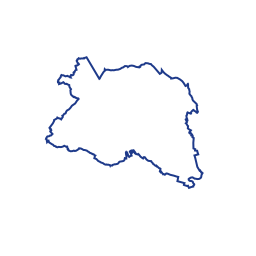 the district of Dumbravita, Maramures, Romania, rotated 235°
{"feature_id": "2599482B34129756727507", "entity_name": "Dumbravita", "entity_type": "district", "adm_level": 2, "iso_a3": "ROU", "parent_name": "Romania", "parent_adm1": "Maramures", "projection": "natural_earth1", "projection_center": [23.656, 47.6], "detail": "fine", "context": "isolated", "style": "outline", "palette": "blue", "viewbox_px": 256, "rotation_deg": 235, "n_neighbors": 0, "source": "geoboundaries", "source_scale": "gbopen_adm2", "svg_char_len": 5838}
<svg xmlns="http://www.w3.org/2000/svg" viewBox="0 0 256 256"><g transform="rotate(235 128 128)"><path d="M189.5,142.7L189.3,142.5L188.4,142.5L188.2,142.2L188.1,140.8L187.7,139.6L186.3,136.3L185.9,135.3L184.7,133.1L184.7,132.7L209.7,134.6L210.3,132.6L210.2,132.0L210.6,131.9L210.6,131.3L212.0,129.2L212.2,128.5L212.8,128.1L212.9,127.7L213.4,127.5L213.2,127.1L213.3,126.2L213.1,126.1L213.1,125.7L212.7,125.5L212.6,124.6L212.3,124.4L211.7,124.4L210.1,124.0L209.6,124.4L208.4,124.4L208.3,123.9L208.4,122.2L208.7,121.5L208.9,121.4L209.0,120.5L205.2,119.2L205.5,118.2L205.0,117.0L204.4,116.2L204.8,115.8L204.8,115.5L204.6,115.1L203.6,114.7L203.0,114.1L202.9,113.2L203.2,112.5L203.3,112.3L203.6,112.3L204.1,111.8L203.5,111.0L203.5,110.7L203.2,110.1L202.3,110.0L202.7,109.6L203.9,109.4L204.4,108.7L205.4,108.4L206.2,106.4L208.0,105.4L208.4,105.1L208.7,104.5L209.6,103.9L209.1,102.8L208.3,102.1L207.8,100.2L207.3,99.1L207.3,98.4L206.6,97.8L206.5,97.4L205.5,96.8L204.6,97.8L203.5,96.8L202.9,98.6L202.6,101.3L201.8,101.5L200.6,101.5L199.8,102.3L199.5,102.5L199.4,103.1L198.0,103.7L196.9,104.5L196.1,104.0L195.0,103.6L193.3,103.5L192.5,103.6L192.0,102.5L189.0,100.8L187.9,100.5L185.6,100.9L185.3,101.2L184.5,101.2L184.3,101.6L184.6,101.7L184.5,101.8L183.6,102.3L183.3,102.2L183.0,102.5L182.7,102.5L182.5,102.8L181.4,103.4L181.0,104.1L180.4,104.3L180.1,104.2L179.6,101.8L178.4,98.8L178.4,94.8L177.6,92.6L177.1,90.4L177.3,88.5L177.3,88.0L176.9,86.8L175.8,85.3L175.9,84.6L176.2,84.0L175.6,82.2L175.6,81.7L175.7,81.3L174.5,81.0L173.4,78.2L174.4,78.0L174.5,77.7L175.1,77.4L176.0,76.6L177.1,76.1L176.6,75.3L176.9,72.0L176.1,71.4L174.9,69.1L173.2,63.9L171.8,64.1L171.9,63.8L171.0,63.9L170.9,63.4L170.0,63.6L169.6,62.3L166.5,62.7L166.5,62.4L166.1,61.4L166.1,61.2L166.0,60.9L166.6,59.8L166.4,59.4L166.4,59.0L166.5,58.9L166.8,58.0L167.2,57.5L167.3,56.9L166.6,55.3L166.5,55.0L166.0,54.9L165.9,54.6L165.3,54.9L164.8,54.5L162.8,53.6L163.1,54.9L163.1,55.6L161.5,55.1L157.9,56.6L157.3,57.0L155.6,57.2L155.1,57.8L154.1,58.4L153.7,58.3L152.7,59.1L152.3,60.4L150.9,62.0L150.6,62.6L150.1,64.1L150.0,65.6L147.9,66.7L147.8,66.9L147.8,67.4L147.2,67.4L146.5,66.9L145.2,67.0L144.8,66.9L144.9,66.4L143.7,66.4L141.9,67.6L141.0,69.1L140.5,70.7L139.8,71.1L139.2,72.2L139.0,74.5L139.4,76.2L138.9,76.3L138.8,77.0L138.3,77.6L136.9,78.4L135.5,79.0L134.7,80.0L133.1,81.3L131.9,81.6L130.9,82.2L129.7,82.4L128.9,83.1L127.8,83.5L127.6,83.8L126.6,84.2L126.5,84.5L126.1,84.8L124.8,85.0L124.2,85.4L123.9,84.6L122.5,83.1L121.9,83.6L121.1,84.0L120.7,84.3L118.0,84.7L116.3,85.7L115.7,85.8L113.4,87.4L112.1,87.8L111.4,88.2L110.8,88.7L110.5,89.1L110.5,89.4L109.7,90.1L109.3,90.8L107.8,92.0L107.4,91.9L107.5,92.1L107.0,92.5L106.4,93.4L106.3,93.6L106.6,94.2L105.9,96.3L105.5,96.8L104.7,98.7L104.6,99.6L105.2,101.2L105.2,101.8L103.8,104.8L103.6,105.6L103.7,106.3L104.0,107.0L105.1,108.1L104.0,109.1L106.0,110.7L107.0,111.0L109.0,112.1L109.3,112.4L109.4,112.7L108.7,112.7L108.5,113.2L104.8,112.3L103.6,112.4L103.7,113.8L103.3,115.1L105.6,115.7L105.7,116.2L107.4,115.8L107.6,115.9L107.8,116.6L107.7,117.4L106.7,117.2L105.3,117.3L105.3,118.1L106.3,118.0L107.3,118.3L106.6,119.8L103.7,119.9L103.6,119.5L103.4,119.5L103.2,119.2L101.9,119.7L101.7,120.1L100.6,120.9L100.8,121.5L100.1,121.7L97.3,121.8L94.5,122.8L94.3,123.0L94.9,123.7L95.0,124.4L94.4,125.0L91.5,125.1L89.5,125.8L87.5,128.0L86.8,127.8L85.0,128.1L83.9,128.0L83.5,128.3L81.4,128.8L81.0,129.2L80.5,129.3L80.7,129.7L77.4,130.4L76.6,131.0L76.0,131.2L75.9,131.2L75.1,130.3L74.2,129.2L72.9,129.4L73.1,130.1L70.0,130.2L70.0,130.7L69.8,130.9L68.6,131.4L68.8,133.3L68.2,133.8L68.0,134.2L65.4,135.8L62.7,138.2L60.3,140.0L59.1,141.1L56.1,138.0L50.5,142.6L50.2,141.9L49.3,141.1L46.5,143.2L46.3,144.0L44.0,143.6L43.4,145.9L42.6,147.9L43.3,148.4L43.4,149.4L43.6,149.8L44.0,150.0L45.4,149.8L46.9,150.2L48.0,149.7L49.0,148.5L49.7,148.1L50.7,148.0L51.4,148.4L51.5,149.0L51.3,151.2L50.5,152.6L48.2,153.6L47.9,154.1L46.4,155.5L45.5,157.0L45.4,158.0L45.5,159.3L46.0,160.0L47.3,161.2L47.8,162.1L48.3,163.2L49.6,162.9L49.7,162.5L51.8,162.8L51.9,162.2L56.4,162.5L64.9,165.9L67.4,166.7L66.1,170.4L67.4,170.8L67.4,170.7L69.7,171.6L71.1,170.0L72.1,170.9L73.7,169.9L78.4,173.0L82.1,176.1L83.4,175.5L84.2,176.4L85.5,175.6L86.0,176.7L87.2,176.1L87.4,176.5L88.1,176.5L88.1,176.1L88.3,176.2L88.5,175.5L88.7,175.4L89.2,175.6L89.4,175.9L89.7,176.9L89.6,177.0L90.0,178.2L92.2,177.1L93.4,176.8L95.1,178.3L95.7,178.1L97.6,178.3L98.7,178.1L98.8,179.3L99.2,179.9L99.8,179.8L100.9,180.1L100.9,180.4L101.0,180.5L101.5,180.1L101.9,180.2L101.9,180.3L100.7,181.3L101.6,181.7L102.7,181.8L103.1,182.2L104.4,182.7L104.7,183.1L104.9,183.9L105.8,184.7L106.2,184.9L106.6,185.7L103.7,187.7L103.7,187.9L104.4,188.0L104.6,188.3L105.1,189.8L105.4,191.9L105.0,192.1L104.1,192.1L102.5,193.0L101.6,192.9L100.8,193.3L100.9,193.9L101.2,194.6L102.3,194.8L103.7,195.3L106.7,196.9L106.9,197.6L107.5,197.6L108.3,198.0L113.3,197.0L114.7,197.3L115.5,197.8L117.2,198.0L117.8,198.2L118.8,197.9L120.1,198.0L120.8,197.9L122.7,199.5L123.4,199.7L124.8,200.4L125.3,200.3L125.8,200.4L126.4,200.3L129.6,202.4L129.8,202.4L129.8,202.1L129.4,201.4L129.2,200.6L129.2,200.0L129.4,199.2L133.0,199.4L135.2,199.3L137.8,198.5L140.8,197.1L142.0,195.7L142.9,193.3L143.5,192.1L143.8,191.7L144.3,192.1L146.9,191.0L147.6,190.9L148.3,190.5L151.3,189.5L153.6,189.1L156.2,189.0L154.9,188.0L154.6,187.6L154.0,187.0L154.1,185.1L163.4,184.2L166.0,183.5L167.1,183.5L168.4,182.2L169.5,181.5L171.1,179.6L171.1,178.8L170.8,177.8L172.0,175.3L171.8,173.9L171.4,173.5L171.5,173.4L171.7,172.7L171.1,172.5L171.1,172.1L173.4,169.7L175.6,168.3L177.0,166.9L178.0,164.9L178.0,163.2L178.2,163.3L178.4,162.9L178.9,162.8L179.4,162.4L180.5,161.0L180.4,158.8L180.8,157.7L180.9,155.4L181.5,153.3L182.5,151.7L183.4,149.5L184.4,148.3L185.0,147.1L187.2,145.1L188.4,143.1L188.9,142.8L189.5,142.7Z" fill="none" stroke="#1e3a8a" stroke-width="2"/></g></svg>